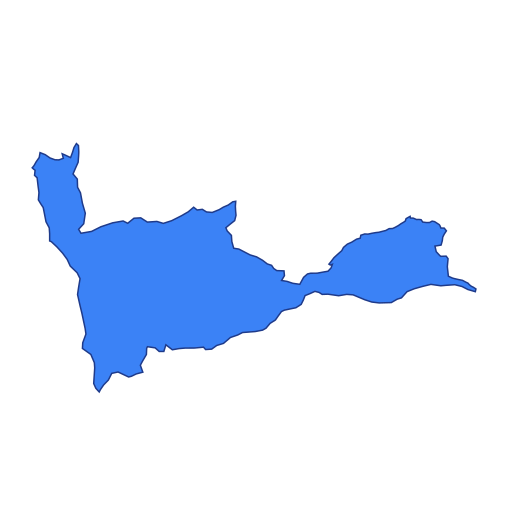 Kathikas, Paphos, Cyprus, rotated 176°
{"feature_id": "46923920B37221466711633", "entity_name": "Kathikas", "entity_type": "district", "adm_level": 2, "iso_a3": "CYP", "parent_name": "Cyprus", "parent_adm1": "Paphos", "projection": "robinson", "projection_center": [32.401, 34.906], "detail": "fine", "context": "isolated", "style": "filled", "palette": "blue", "viewbox_px": 512, "rotation_deg": 176, "n_neighbors": 0, "source": "geoboundaries", "source_scale": "gbopen_adm2", "svg_char_len": 3197}
<svg xmlns="http://www.w3.org/2000/svg" viewBox="0 0 512 512"><g transform="rotate(176 256 256)"><path d="M314.8,309.0L320.5,304.8L327.7,301.3L337.7,297.1L346.2,295.0L352.5,297.4L362.0,297.4L368.3,302.1L375.1,302.2L381.7,297.6L386.1,300.2L396.7,299.1L408.7,296.0L418.3,292.0L429.0,290.9L431.1,295.0L425.6,300.2L423.3,310.6L425.5,320.8L426.7,331.3L429.2,337.0L428.9,345.2L432.8,350.6L430.3,355.5L426.9,361.9L426.0,368.0L425.6,371.3L425.5,372.8L425.4,378.6L427.3,380.7L430.0,376.9L431.9,372.0L434.1,367.1L439.5,370.1L442.2,371.5L441.4,366.9L445.9,365.6L449.8,366.0L454.7,368.2L459.2,371.8L464.2,374.2L465.4,369.4L468.8,365.2L471.1,361.7L473.1,359.6L472.0,358.4L470.4,356.9L471.3,351.9L468.9,349.3L468.5,340.7L468.1,334.4L469.2,327.2L467.0,322.9L464.9,319.2L464.4,315.3L463.1,304.8L460.3,298.5L460.3,292.6L460.8,285.4L459.2,284.6L454.0,279.0L448.7,272.3L444.6,265.8L442.0,258.9L435.6,251.8L433.1,245.7L435.3,236.5L436.7,230.0L435.0,218.8L433.7,211.2L431.5,195.6L431.1,190.0L434.9,181.5L435.6,175.9L427.6,169.3L424.7,160.9L424.7,155.6L426.8,140.1L425.0,135.2L421.9,131.3L420.5,133.6L417.0,138.0L411.9,142.6L408.1,149.0L401.7,149.9L391.5,144.2L388.7,144.7L383.7,146.7L377.0,148.0L379.0,155.1L376.3,159.4L372.2,165.4L371.5,171.6L370.6,173.1L363.0,171.4L359.2,167.5L354.6,167.2L352.1,173.7L346.0,168.3L339.4,169.0L333.2,169.1L323.8,168.5L314.7,168.7L312.8,166.2L306.7,166.2L301.4,169.5L294.5,171.1L287.2,176.5L279.7,178.5L274.8,180.6L261.9,180.7L254.6,181.6L251.0,183.3L246.7,187.8L241.1,190.8L238.3,194.3L234.5,198.8L231.5,200.0L226.5,200.7L219.8,201.6L214.3,204.6L211.9,208.7L209.8,213.1L205.1,214.6L199.7,216.6L195.7,215.3L192.7,213.1L186.9,212.9L176.3,210.6L168.2,211.4L161.9,210.5L150.6,204.8L143.7,202.0L136.4,200.6L124.3,200.1L118.1,203.1L113.8,204.1L107.8,209.9L100.4,212.3L91.7,214.1L83.5,215.5L73.7,213.4L68.3,213.5L59.7,213.5L52.6,211.2L47.0,207.8L39.7,205.1L38.9,207.8L41.4,209.7L43.2,210.7L45.1,212.4L46.5,214.2L48.2,215.1L51.7,217.3L56.0,218.5L59.3,219.5L61.6,220.3L65.5,222.4L65.9,232.0L64.6,239.9L66.3,242.6L71.8,242.8L73.1,244.2L75.9,247.7L76.8,253.4L70.6,254.0L69.1,258.2L68.4,261.8L66.7,264.7L64.3,267.8L66.3,270.7L69.6,271.0L70.3,273.2L71.0,274.5L75.4,277.8L77.9,278.5L80.5,277.3L83.7,277.5L87.3,278.2L88.8,280.7L90.9,281.1L93.4,281.2L96.4,282.8L99.3,283.1L99.5,284.8L101.0,284.1L103.7,282.8L104.6,280.5L106.4,279.4L109.1,278.1L111.9,276.4L115.4,274.8L117.8,273.9L121.3,274.0L124.7,272.4L128.1,271.8L131.8,271.1L134.7,271.0L138.7,270.6L142.8,270.0L146.0,270.4L150.0,269.4L150.8,266.5L154.5,265.8L159.6,263.1L164.0,261.5L168.1,258.5L170.1,255.3L174.8,251.7L178.3,248.9L181.2,245.6L183.8,242.8L182.5,241.8L180.4,242.4L181.9,238.9L185.2,235.8L190.9,235.2L196.2,234.6L202.8,235.0L205.9,234.5L210.0,231.4L214.3,224.7L221.2,226.2L226.8,228.5L232.2,229.8L229.0,234.4L229.1,239.2L232.6,239.6L236.3,240.0L239.2,242.3L241.1,245.6L245.3,247.3L249.8,251.3L255.5,255.1L261.8,257.5L272.6,264.1L277.7,265.3L279.1,272.1L279.1,278.3L283.0,283.0L284.1,286.3L279.2,289.8L274.8,292.8L273.1,298.0L273.2,302.3L273.1,307.0L272.4,312.0L275.4,311.7L280.1,308.8L285.2,307.0L289.5,304.8L296.6,302.5L302.3,303.4L306.3,306.3L311.5,306.0L314.8,309.0Z" fill="#3b82f6" stroke="#1e3a8a" stroke-width="1.5"/></g></svg>